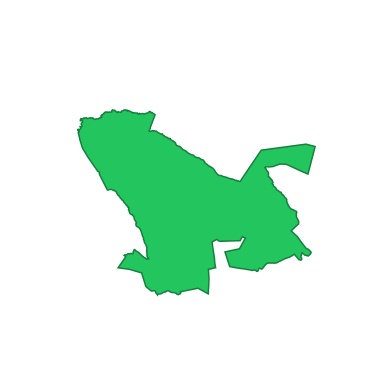 Narok North, Rift Valley, Kenya (Robinson projection), rotated 123°
{"feature_id": "3690345B19794245895997", "entity_name": "Narok North", "entity_type": "district", "adm_level": 2, "iso_a3": "KEN", "parent_name": "Kenya", "parent_adm1": "Rift Valley", "projection": "robinson", "projection_center": [35.859, -0.842], "detail": "fine", "context": "isolated", "style": "filled", "palette": "green", "viewbox_px": 384, "rotation_deg": 123, "n_neighbors": 0, "source": "geoboundaries", "source_scale": "gbopen_adm2", "svg_char_len": 6113}
<svg xmlns="http://www.w3.org/2000/svg" viewBox="0 0 384 384"><g transform="rotate(123 192 192)"><path d="M268.6,122.9L267.3,123.5L265.9,124.5L261.7,126.8L254.9,130.9L247.8,136.2L246.3,134.3L243.4,131.9L242.7,130.9L239.3,134.1L235.2,137.2L228.3,143.4L222.9,148.0L218.2,145.3L218.5,143.1L217.9,141.4L206.6,125.1L202.1,125.5L201.6,122.1L213.8,121.3L224.3,131.7L234.0,119.8L232.3,115.5L229.4,108.9L228.0,106.2L224.7,98.3L223.5,97.5L223.3,96.7L223.1,95.3L223.3,94.5L222.4,93.7L220.3,94.2L219.7,94.1L219.1,93.4L218.7,91.6L217.9,91.2L212.4,90.7L210.3,89.7L207.3,85.2L207.2,84.5L206.4,83.8L205.7,82.7L197.9,78.1L194.6,75.7L193.8,74.8L188.5,72.2L190.5,65.5L189.8,63.5L188.4,63.4L187.7,64.0L187.2,65.4L183.0,66.6L183.0,65.4L183.5,63.1L182.3,59.6L180.0,59.0L178.9,58.9L177.6,59.3L177.3,60.3L176.7,63.1L177.1,65.1L177.0,65.9L174.5,73.1L172.0,79.4L170.6,87.6L164.1,86.2L160.6,85.2L159.3,86.2L158.7,86.3L157.2,88.6L156.7,89.8L155.5,91.3L154.3,92.0L153.7,92.7L151.8,93.1L151.7,93.3L151.4,94.2L151.7,95.0L151.7,97.6L152.1,98.9L152.4,99.2L152.0,100.3L151.9,101.4L151.2,102.9L150.9,104.1L150.0,104.7L149.9,105.5L149.5,106.1L148.3,107.2L147.7,108.0L146.8,108.3L146.1,109.7L146.1,110.9L144.9,113.6L145.1,114.0L144.9,114.2L145.0,115.0L144.1,116.7L143.7,116.9L143.7,117.3L144.2,118.4L143.9,120.0L144.0,122.4L143.1,123.7L142.7,125.0L142.7,126.8L141.7,127.7L141.6,128.8L141.3,129.4L140.7,129.1L139.9,129.2L139.2,130.5L138.9,130.6L138.6,131.2L138.6,131.9L138.0,132.2L138.1,133.1L137.9,134.0L137.2,135.1L137.6,135.7L137.4,136.4L137.2,136.6L136.0,137.1L134.9,138.0L134.2,138.3L133.6,139.4L133.2,141.8L132.6,142.1L132.1,142.8L131.9,144.1L131.5,144.2L130.5,143.7L129.0,141.0L126.6,138.0L120.9,133.7L117.7,128.7L117.2,126.6L115.0,111.4L113.8,104.5L86.8,113.5L89.8,122.5L119.2,156.7L154.3,157.4L156.7,157.2L157.2,157.7L157.5,159.3L158.0,159.9L157.9,160.9L158.7,162.0L158.7,163.5L159.2,165.5L159.9,166.7L160.6,169.1L160.9,171.1L162.0,174.1L162.3,176.4L163.1,177.8L163.5,179.3L163.2,180.7L162.8,181.5L162.5,182.9L161.2,185.6L160.9,186.8L160.9,187.6L160.7,187.9L160.8,191.2L161.0,192.2L160.6,194.5L160.5,197.2L160.2,197.3L159.7,198.1L159.1,200.2L159.5,201.4L159.7,202.8L159.5,203.8L159.7,205.2L160.3,206.4L161.0,208.8L160.3,210.7L161.0,212.6L161.4,215.5L161.3,217.8L160.9,219.3L161.4,222.8L160.5,226.2L160.9,226.8L160.6,227.5L161.2,229.3L161.2,230.5L160.6,231.8L159.9,232.4L159.5,234.1L159.7,234.4L159.7,235.2L159.4,235.8L159.8,237.5L159.4,239.1L159.0,239.3L159.3,239.9L160.0,240.2L160.0,240.7L159.7,240.9L160.0,241.9L159.7,242.9L160.3,244.4L159.9,246.1L160.3,246.6L159.9,247.6L160.0,248.3L159.5,248.5L160.2,249.3L160.4,250.3L160.4,251.5L160.7,252.3L160.4,255.0L161.0,255.8L161.1,257.0L161.7,257.4L161.8,258.3L162.6,259.0L163.1,259.2L163.9,260.0L164.4,261.0L164.1,261.3L162.5,261.4L160.2,262.2L147.4,265.0L147.2,265.1L147.2,265.6L147.4,268.1L147.1,268.3L147.1,268.7L147.4,268.9L147.6,270.0L147.4,270.3L147.3,271.1L148.0,271.7L148.4,271.6L149.7,272.0L150.6,273.1L150.9,273.1L151.8,274.0L152.1,274.0L152.7,274.6L152.9,275.0L152.8,275.7L153.4,276.6L153.8,276.8L154.6,277.9L154.9,278.0L154.8,279.0L155.5,279.1L156.0,279.5L155.6,280.3L155.8,280.7L155.6,281.1L156.1,281.5L157.7,285.1L157.9,284.9L158.2,285.0L157.9,286.9L158.2,288.0L158.1,289.3L159.1,289.8L159.1,290.4L158.8,290.2L158.6,290.6L159.5,291.9L159.6,292.2L159.3,292.4L159.9,293.4L162.2,294.5L162.2,294.9L162.5,295.2L163.2,294.9L164.0,295.0L164.3,296.0L164.9,296.9L164.8,297.6L165.1,297.8L165.7,297.8L166.2,298.2L165.8,299.4L166.1,300.4L165.5,301.0L165.7,301.6L166.3,302.3L166.3,303.3L166.7,303.3L167.4,303.6L168.3,302.9L168.9,303.4L170.5,305.5L171.0,305.8L170.9,306.3L171.1,306.6L171.3,306.3L171.5,306.6L171.7,307.8L172.9,308.6L174.2,308.6L174.3,308.9L175.2,308.8L176.3,309.5L176.8,309.1L177.1,309.2L177.1,309.7L177.5,309.8L178.0,309.5L178.2,308.8L178.7,308.5L179.0,308.6L179.2,309.1L179.9,309.2L180.2,309.9L181.9,310.5L182.9,312.3L184.1,313.0L184.2,314.2L183.9,315.0L184.3,315.4L184.2,316.2L184.9,316.5L184.9,317.5L187.2,319.5L187.2,319.9L187.4,320.0L187.3,321.1L188.1,321.8L188.7,322.9L188.9,323.1L189.5,322.9L190.0,323.7L190.5,323.9L190.8,324.4L191.0,325.1L191.5,324.9L192.5,324.9L193.0,324.5L192.8,323.9L192.1,323.7L192.0,323.3L192.0,322.6L192.8,321.9L193.2,321.7L194.2,322.2L194.8,322.2L195.8,321.6L195.9,320.7L196.8,320.0L197.4,320.2L198.1,321.5L198.3,321.3L198.6,320.5L199.6,319.9L200.7,320.3L201.1,320.7L201.4,321.7L201.7,321.8L202.6,321.3L202.7,320.9L202.5,320.6L201.8,320.2L202.0,319.8L203.7,319.4L204.2,319.7L209.9,313.7L214.0,308.8L215.2,307.0L219.7,297.7L225.7,282.9L226.0,282.6L225.8,280.4L227.2,279.7L227.8,278.9L236.4,264.1L235.8,263.2L235.1,262.8L233.7,261.0L233.4,258.3L233.0,258.1L233.2,255.5L234.1,254.3L234.0,253.9L234.4,253.2L234.9,252.8L235.0,250.9L235.4,250.6L235.8,249.1L236.2,248.8L236.4,247.2L236.8,246.6L236.6,245.0L237.7,243.8L238.1,241.6L238.5,240.4L238.9,239.8L238.7,239.1L239.5,238.1L239.6,237.5L239.2,237.3L239.3,236.9L239.7,236.4L240.5,235.9L241.5,235.7L241.8,235.1L241.6,234.9L241.7,234.7L242.5,234.1L243.6,232.7L243.9,232.0L243.9,230.6L243.5,229.5L244.0,229.1L244.2,227.9L244.7,227.0L246.4,225.3L246.9,223.8L247.4,223.4L247.4,223.0L248.1,221.8L249.2,221.8L250.6,220.6L251.0,219.5L250.8,218.3L250.9,216.7L251.9,214.2L254.0,211.7L254.5,210.8L255.6,210.0L256.7,207.8L258.2,206.9L258.9,205.4L259.7,205.0L260.3,204.3L261.1,202.4L263.3,199.4L266.7,197.6L267.5,196.6L269.2,195.7L270.9,194.0L271.3,193.1L271.3,192.4L271.7,192.0L273.0,193.6L272.8,194.8L273.0,196.1L272.7,199.1L271.7,204.1L271.9,207.2L271.5,208.4L271.7,209.1L274.4,208.7L275.6,207.8L275.9,207.9L277.1,210.1L278.5,211.6L278.6,212.1L280.1,212.6L281.2,213.7L281.5,214.3L281.9,214.4L282.2,214.4L282.2,213.0L282.7,212.3L295.8,212.7L290.9,202.3L287.3,190.2L296.4,179.2L297.2,172.4L296.9,172.1L296.9,171.6L295.3,170.0L294.9,169.2L296.4,167.0L296.7,165.9L297.2,164.8L296.3,164.9L295.0,163.5L294.5,162.7L291.1,160.9L290.3,159.7L289.4,159.6L288.9,159.2L288.6,159.2L288.1,158.7L287.6,157.8L287.6,155.2L287.3,154.3L286.0,151.9L285.8,151.1L285.6,150.0L285.9,148.9L285.6,147.6L283.5,146.4L282.6,146.6L282.3,147.4L281.2,146.6L269.4,134.5L268.6,122.9Z" fill="#22c55e" stroke="#15803d" stroke-width="1.5"/></g></svg>